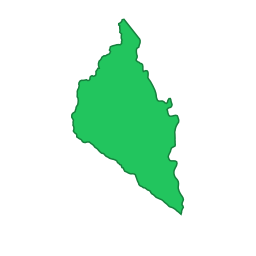 São João das Missões, Minas Gerais, Brazil, rotated 245°
{"feature_id": "56859067B77919866455333", "entity_name": "São João das Missões", "entity_type": "district", "adm_level": 2, "iso_a3": "BRA", "parent_name": "Brazil", "parent_adm1": "Minas Gerais", "projection": "mercator", "projection_center": [-44.236, -14.88], "detail": "fine", "context": "isolated", "style": "filled", "palette": "green", "viewbox_px": 256, "rotation_deg": 245, "n_neighbors": 0, "source": "geoboundaries", "source_scale": "gbopen_adm2", "svg_char_len": 3837}
<svg xmlns="http://www.w3.org/2000/svg" viewBox="0 0 256 256"><g transform="rotate(245 128 128)"><path d="M228.2,170.3L228.6,168.5L227.3,167.4L226.6,165.5L226.5,163.7L225.3,163.1L224.1,163.7L222.9,163.1L221.6,162.6L219.8,162.0L218.2,161.0L216.0,161.9L214.4,160.9L212.4,159.9L210.2,159.7L209.0,158.6L207.4,158.0L206.7,156.2L207.6,154.6L208.2,153.0L208.5,151.0L208.8,149.6L209.0,148.2L209.0,146.3L207.3,145.1L206.5,144.1L204.8,144.5L203.6,143.3L203.0,142.1L203.2,140.2L202.9,138.2L203.6,136.6L203.2,134.3L202.1,133.1L201.3,131.7L200.8,130.1L199.0,128.5L197.2,127.7L195.9,127.5L194.3,127.2L194.8,126.0L193.7,124.5L192.9,122.9L191.3,122.2L189.8,121.4L189.3,120.2L189.4,118.6L190.6,117.5L190.5,115.7L189.3,114.6L188.1,114.0L187.6,112.8L188.1,111.5L189.3,110.7L189.6,109.2L190.1,107.5L190.8,106.2L190.9,104.6L189.9,102.9L188.5,101.9L187.3,101.8L186.0,100.9L184.9,100.0L184.0,98.7L182.7,97.5L180.6,96.6L179.1,95.8L177.7,95.1L176.2,95.3L173.9,94.5L171.8,93.3L170.4,92.3L169.7,91.1L168.8,89.8L167.5,89.0L166.4,87.9L165.2,87.0L164.9,85.6L164.6,83.9L163.6,82.6L161.6,81.6L159.9,81.7L158.2,81.9L156.6,80.7L155.0,80.1L153.8,79.3L152.6,79.4L151.0,79.1L149.4,78.2L148.4,77.2L147.0,77.4L145.5,77.9L144.3,78.7L142.8,78.4L141.6,77.8L140.3,78.6L138.8,79.4L137.5,80.5L136.3,80.9L135.1,80.9L133.9,81.6L132.9,83.0L132.6,85.0L131.6,87.1L129.7,87.9L127.9,89.0L126.1,89.6L124.8,89.8L123.6,90.5L121.9,91.5L120.1,91.9L118.6,92.4L117.4,92.9L116.3,93.5L115.1,95.1L113.3,95.6L111.6,96.2L110.1,97.5L108.4,98.5L107.4,99.5L106.5,100.6L105.6,101.8L104.0,103.3L102.6,104.0L101.0,103.9L99.8,104.8L98.5,105.0L97.2,106.2L96.0,105.9L94.7,105.8L93.8,106.8L92.2,106.7L90.2,106.8L88.8,108.1L87.4,109.1L86.1,110.2L85.2,111.3L84.6,112.9L83.6,114.3L82.5,114.9L81.0,114.7L79.7,114.6L78.5,114.5L76.9,114.3L75.4,114.2L73.8,114.3L72.0,114.0L70.4,114.6L69.0,115.9L67.4,116.7L66.5,118.1L65.2,118.8L63.7,119.5L62.5,120.7L61.2,121.5L59.9,121.4L58.3,121.8L56.9,122.8L55.5,123.4L53.3,124.2L51.8,125.5L50.5,126.6L48.8,128.2L47.1,129.1L45.3,129.7L43.7,130.5L42.5,131.1L41.1,131.6L39.6,132.1L38.7,132.8L37.7,134.0L36.5,135.1L35.4,135.8L33.9,136.7L32.4,137.2L31.2,137.9L30.0,138.5L28.8,139.0L27.4,139.6L28.8,140.8L30.2,141.6L31.5,142.9L32.7,144.6L34.2,144.8L35.6,144.5L37.3,145.5L38.4,146.7L39.6,147.9L41.5,148.3L43.5,148.1L45.1,147.8L47.2,147.6L49.1,147.6L50.5,147.8L52.0,148.0L53.4,148.6L54.8,149.5L56.3,150.3L58.3,150.9L60.0,150.8L61.7,150.4L63.1,150.0L64.5,149.9L66.3,150.1L67.7,150.5L68.9,151.1L70.0,151.8L70.9,152.8L71.9,154.0L73.5,156.1L75.3,157.5L76.9,157.8L78.2,156.8L79.2,154.9L79.9,153.3L80.9,152.2L82.5,152.0L84.9,152.2L86.4,153.5L87.6,155.0L88.8,156.5L90.2,157.6L91.5,159.0L91.7,161.3L91.8,163.0L92.8,163.7L94.7,164.4L96.1,165.1L97.5,165.6L98.8,166.3L100.5,167.0L102.1,167.7L103.4,168.2L104.7,168.7L105.7,169.5L107.2,170.5L108.9,172.0L110.0,173.4L111.1,174.9L111.7,176.1L113.0,177.0L114.4,177.5L115.7,177.6L116.9,177.8L118.3,177.8L119.3,176.7L119.8,174.9L120.2,172.8L121.0,170.9L122.5,170.3L123.9,170.4L125.3,170.6L126.5,171.0L128.2,171.1L129.1,173.1L128.7,175.5L129.6,177.1L130.8,177.9L132.1,178.0L134.1,178.3L135.4,178.7L136.8,178.8L137.3,177.6L136.2,175.9L134.5,174.5L134.1,173.2L135.2,172.1L136.7,171.6L137.9,170.6L138.4,169.5L138.9,168.2L139.5,167.1L140.8,166.4L142.3,166.5L143.9,166.7L145.8,167.4L147.8,167.9L149.4,168.1L150.8,168.3L152.1,168.3L153.8,168.3L155.3,168.3L157.2,168.2L158.7,168.1L160.3,168.0L161.7,167.8L163.5,167.4L165.4,167.3L166.8,168.2L168.5,169.1L170.2,169.7L171.5,169.6L172.4,168.5L172.6,167.2L172.7,165.8L174.2,166.0L175.4,166.5L177.3,167.4L179.2,167.9L180.6,167.5L181.2,166.5L182.7,165.9L183.7,165.0L184.7,164.4L186.0,164.0L187.0,164.7L188.0,166.0L189.4,166.8L190.7,166.9L192.5,167.4L194.3,168.1L195.8,169.0L196.5,170.0L196.7,171.9L198.6,173.4L200.1,174.9L202.0,175.9L203.6,176.1L228.2,170.3Z" fill="#22c55e" stroke="#15803d" stroke-width="1.5"/></g></svg>